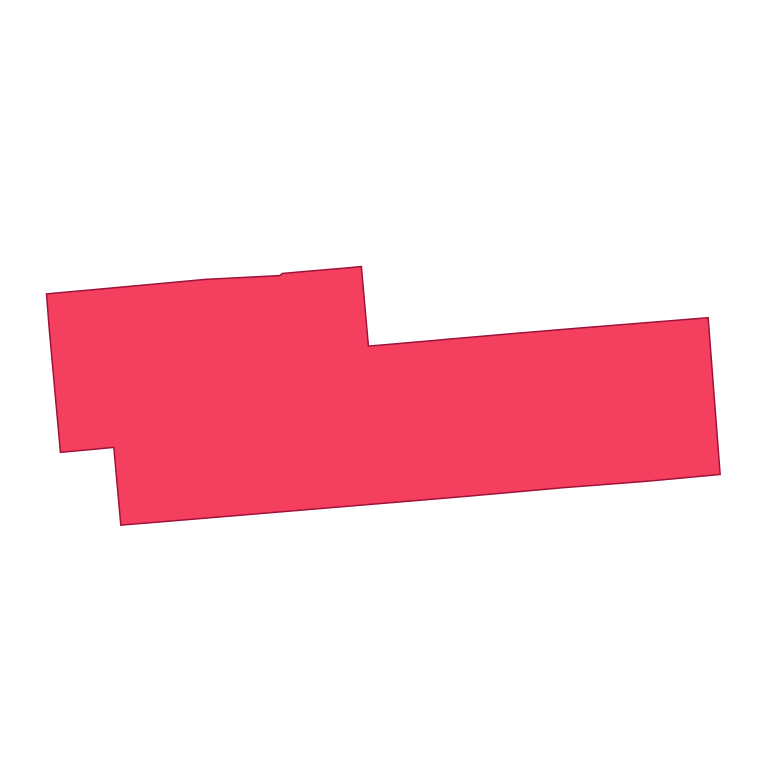 Sunflower, Mississippi, United States of America, rotated 85°
{"feature_id": "52423323B98267290722512", "entity_name": "Sunflower", "entity_type": "district", "adm_level": 2, "iso_a3": "USA", "parent_name": "United States of America", "parent_adm1": "Mississippi", "projection": "mercator", "projection_center": [-90.648, 33.629], "detail": "fine", "context": "isolated", "style": "filled", "palette": "rose", "viewbox_px": 768, "rotation_deg": 85, "n_neighbors": 0, "source": "geoboundaries", "source_scale": "gbopen_adm2", "svg_char_len": 444}
<svg xmlns="http://www.w3.org/2000/svg" viewBox="0 0 768 768"><g transform="rotate(85 384 384)"><path d="M265.0,475.7L266.9,478.4L264.2,552.3L264.5,618.9L264.8,712.4L301.0,712.7L423.9,712.3L423.6,658.7L501.7,658.5L503.1,311.5L502.9,217.2L503.8,127.9L503.4,57.0L346.2,55.3L345.3,179.0L345.0,242.2L344.9,315.7L345.0,329.4L344.9,396.2L265.0,396.3L265.1,411.3L265.0,449.8L265.0,475.7Z" fill="#f43f5e" stroke="#9f1239" stroke-width="1.5"/></g></svg>